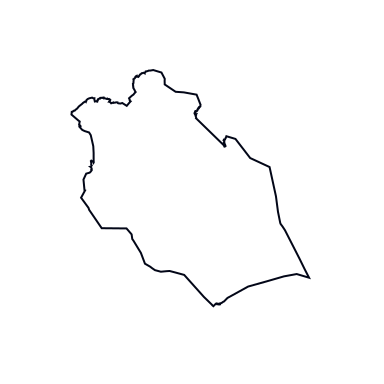 the district of Gausdal nor, Oppland, Norway, rotated 210°
{"feature_id": "86288312B33934459205841", "entity_name": "Gausdal nor", "entity_type": "district", "adm_level": 2, "iso_a3": "NOR", "parent_name": "Norway", "parent_adm1": "Oppland", "projection": "mercator", "projection_center": [10.036, 61.264], "detail": "fine", "context": "isolated", "style": "outline", "palette": "ink", "viewbox_px": 384, "rotation_deg": 210, "n_neighbors": 0, "source": "geoboundaries", "source_scale": "gbopen_adm2", "svg_char_len": 5532}
<svg xmlns="http://www.w3.org/2000/svg" viewBox="0 0 384 384"><g transform="rotate(210 192 192)"><path d="M220.2,121.4L218.6,120.7L205.8,113.7L196.9,106.4L190.7,106.4L188.7,106.1L185.0,105.8L179.1,107.4L174.6,110.6L171.9,112.4L166.4,113.9L157.3,116.3L129.3,107.1L118.2,104.3L117.9,104.1L116.4,103.8L115.5,107.2L115.4,107.4L115.2,107.6L114.9,107.4L114.1,107.3L114.0,107.5L114.0,108.0L113.6,108.0L113.4,108.2L113.1,108.0L112.4,108.0L111.6,108.7L112.2,109.4L111.5,110.1L111.1,110.4L110.6,111.3L110.3,112.1L110.0,112.6L109.6,113.1L109.5,113.4L108.3,118.0L96.1,138.2L82.8,151.8L70.2,164.9L60.3,173.3L47.8,176.3L55.7,181.4L65.4,187.9L92.4,205.4L96.6,207.5L99.2,208.6L100.1,209.3L107.6,217.8L117.1,230.2L137.3,252.4L158.6,250.5L180.9,259.7L190.1,257.5L190.0,257.1L190.0,256.9L189.9,256.7L189.9,256.3L189.9,256.2L189.8,255.9L189.9,255.7L189.8,255.3L189.8,255.2L189.8,254.4L189.7,254.2L189.7,253.7L190.0,253.6L190.2,253.4L190.6,253.3L190.6,253.2L190.4,252.8L190.4,252.6L190.1,252.6L189.2,251.8L189.1,251.6L189.2,251.4L189.2,251.1L188.9,251.1L188.9,250.9L188.9,250.7L188.3,250.3L187.8,250.1L187.6,249.8L187.0,249.5L186.8,249.3L186.3,248.9L185.9,248.5L186.0,248.2L186.4,247.6L186.6,247.5L187.3,248.0L187.7,248.2L187.9,248.4L225.4,257.9L225.4,258.1L225.5,258.4L226.0,258.9L226.2,259.1L226.4,259.2L226.6,259.4L227.2,259.9L227.4,260.1L227.5,260.5L227.4,260.7L227.2,260.7L227.1,260.2L226.9,260.2L227.0,260.5L226.9,260.7L227.0,260.9L227.3,261.1L227.3,261.3L227.4,261.2L227.6,261.4L227.7,261.5L227.9,261.5L228.3,261.5L228.6,261.2L229.0,261.2L229.2,261.4L229.3,261.6L229.3,262.0L229.2,261.9L229.1,261.6L228.9,261.4L228.8,261.6L229.0,262.0L229.3,262.2L229.5,263.0L229.6,263.7L229.4,263.9L229.0,263.8L229.2,263.3L229.2,262.6L229.1,262.4L228.9,262.5L228.8,263.2L228.7,263.8L228.9,263.9L228.8,264.0L228.5,264.2L228.3,264.4L228.2,264.9L228.1,265.2L228.1,265.5L228.3,265.7L228.3,266.1L228.3,266.7L228.0,267.5L227.9,268.0L228.1,268.2L228.4,267.8L228.5,267.7L228.5,267.8L228.5,268.0L228.4,268.2L228.4,268.5L228.2,268.8L228.2,269.1L228.3,269.2L228.2,269.4L228.2,269.8L228.1,269.6L228.1,269.2L227.9,268.9L227.8,269.2L227.8,269.3L227.7,269.7L228.0,269.7L227.8,269.8L227.7,270.1L227.8,270.2L227.7,270.5L228.2,271.6L228.2,271.8L233.4,276.0L236.7,278.6L248.9,274.2L256.3,270.6L269.4,271.5L271.3,274.6L272.2,276.4L278.2,280.2L286.7,278.2L286.9,277.9L287.4,277.5L287.9,277.1L289.0,276.2L290.1,275.6L290.9,274.5L291.6,273.9L292.0,273.4L292.4,273.2L292.3,272.6L292.4,272.0L292.6,271.6L292.4,271.2L293.2,271.3L293.5,271.1L294.0,270.4L294.4,270.2L294.5,270.0L294.8,269.9L295.0,269.6L295.1,269.2L295.4,268.1L295.8,267.7L295.8,267.1L295.8,266.7L295.9,266.3L295.8,266.1L296.0,264.9L296.9,264.9L297.2,264.3L297.8,264.5L298.0,264.8L298.2,264.4L298.5,264.1L298.5,263.5L298.6,263.4L298.6,263.1L298.5,262.9L298.4,262.7L298.4,262.4L298.4,261.8L298.5,261.6L298.8,261.3L298.8,261.0L299.1,260.4L298.7,260.2L297.6,257.8L297.3,257.3L297.2,257.2L297.2,256.7L297.2,256.4L297.3,256.2L297.2,256.0L296.5,255.3L296.4,255.0L296.1,254.6L296.1,254.4L295.8,254.2L295.7,254.0L295.5,253.8L295.2,253.5L295.2,253.3L295.1,253.2L294.9,252.8L294.4,252.5L292.6,251.5L291.9,250.9L290.8,250.4L291.2,248.7L291.4,247.1L292.2,245.4L292.6,244.2L293.4,241.7L293.0,241.4L292.4,241.0L292.3,240.9L291.9,240.6L291.7,240.1L291.4,240.0L291.2,239.8L290.5,239.8L290.9,238.0L291.5,234.6L291.6,234.0L296.9,234.2L298.1,232.9L299.8,232.1L300.5,231.9L301.0,232.0L301.3,232.1L301.4,232.3L302.4,231.8L302.8,231.5L303.2,231.0L304.1,230.4L304.5,230.0L304.9,230.2L305.3,229.6L305.7,229.3L305.9,228.8L306.4,228.4L307.0,228.7L307.6,228.8L308.1,228.8L308.3,228.9L308.5,229.1L309.0,228.8L309.0,229.2L309.0,229.8L308.8,230.1L308.9,230.4L308.8,230.7L308.8,230.9L309.5,231.1L310.0,231.0L310.4,231.1L311.1,230.6L311.5,230.5L311.7,230.3L311.9,230.2L312.1,230.4L312.5,229.9L313.4,229.8L314.7,229.4L315.0,229.1L315.6,229.7L316.3,229.3L316.5,229.0L316.4,228.9L316.8,228.5L317.1,228.4L317.4,228.4L318.0,227.9L318.5,227.7L318.8,227.0L318.6,226.8L318.9,226.6L319.2,226.1L319.7,225.6L319.8,225.2L319.6,224.7L319.4,224.8L319.4,224.7L319.5,224.3L319.5,224.1L319.7,223.9L319.3,223.3L319.2,222.9L319.8,222.7L320.4,222.6L320.8,222.4L321.1,222.1L321.4,221.8L321.6,222.0L322.7,223.2L323.0,223.7L323.2,223.9L323.2,224.0L323.4,224.4L324.2,223.9L324.5,223.8L325.1,223.8L325.3,223.8L325.7,223.8L326.5,223.0L327.6,222.0L328.1,221.4L328.8,220.4L329.3,219.0L329.3,218.7L329.0,217.7L329.1,217.4L329.0,217.0L329.4,217.1L329.8,216.9L330.2,216.3L330.6,215.2L330.9,214.8L331.2,213.5L332.4,210.5L332.8,209.4L332.9,208.9L332.9,208.6L333.0,208.1L333.1,207.4L333.2,207.0L333.4,206.2L333.9,205.3L334.1,204.5L334.1,204.4L334.2,204.2L334.3,203.7L334.9,203.4L335.3,202.8L335.3,202.6L335.5,201.8L335.7,201.6L336.2,201.3L335.1,198.8L326.1,197.1L324.5,196.9L323.6,194.4L323.5,193.9L323.4,193.7L323.2,193.7L322.7,193.8L322.4,193.6L322.2,193.4L321.8,193.5L321.4,193.3L321.3,193.1L321.4,192.9L321.9,192.9L321.6,192.6L322.0,192.5L322.1,192.2L318.1,190.9L315.4,191.1L310.9,192.1L308.1,190.6L303.9,186.1L300.4,182.3L296.7,176.6L293.0,170.2L291.9,168.5L291.9,168.4L292.1,168.6L292.4,168.8L293.4,168.7L294.9,168.8L295.0,168.4L294.8,168.3L294.6,168.1L294.6,167.6L294.2,167.3L293.9,167.0L293.5,166.4L293.4,166.2L293.0,165.3L292.1,164.8L292.2,164.1L292.2,163.3L292.6,163.0L292.0,162.9L290.9,162.4L290.6,162.0L290.5,161.4L290.2,161.5L289.9,161.0L290.2,160.8L289.8,160.1L289.9,159.0L290.3,157.6L292.8,155.0L292.2,148.5L286.0,139.8L285.4,139.9L285.2,131.6L273.7,126.5L272.1,125.1L252.1,115.5L230.5,127.7L223.1,125.1L220.2,121.4Z" fill="none" stroke="#020617" stroke-width="2"/></g></svg>